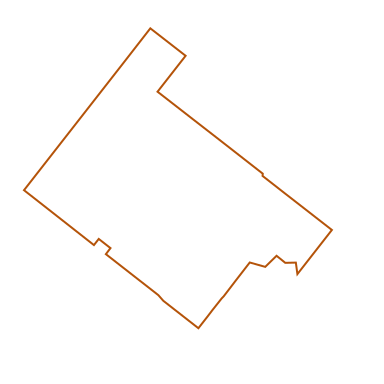 Rogers, Oklahoma, United States of America, rotated 308°
{"feature_id": "52423323B91280713828925", "entity_name": "Rogers", "entity_type": "district", "adm_level": 2, "iso_a3": "USA", "parent_name": "United States of America", "parent_adm1": "Oklahoma", "projection": "robinson", "projection_center": [-95.645, 36.336], "detail": "fine", "context": "isolated", "style": "outline", "palette": "amber", "viewbox_px": 384, "rotation_deg": 308, "n_neighbors": 0, "source": "geoboundaries", "source_scale": "gbopen_adm2", "svg_char_len": 590}
<svg xmlns="http://www.w3.org/2000/svg" viewBox="0 0 384 384"><g transform="rotate(308 192 192)"><path d="M91.2,58.5L90.0,58.5L89.8,147.4L97.6,147.4L97.6,162.3L90.0,162.4L90.0,184.5L90.0,199.3L90.0,229.0L88.6,236.4L88.6,249.3L88.6,268.1L88.6,280.9L97.5,280.9L103.8,280.9L111.4,280.8L126.4,280.9L129.3,281.2L149.2,281.0L172.0,280.9L178.1,295.8L193.8,297.9L193.6,309.1L200.3,317.3L192.2,325.6L248.2,325.6L248.1,266.2L248.1,237.7L250.0,236.5L250.0,186.8L250.0,184.0L249.9,147.6L249.8,103.1L295.4,103.1L295.3,58.4L251.5,58.5L91.2,58.5Z" fill="none" stroke="#b45309" stroke-width="2"/></g></svg>